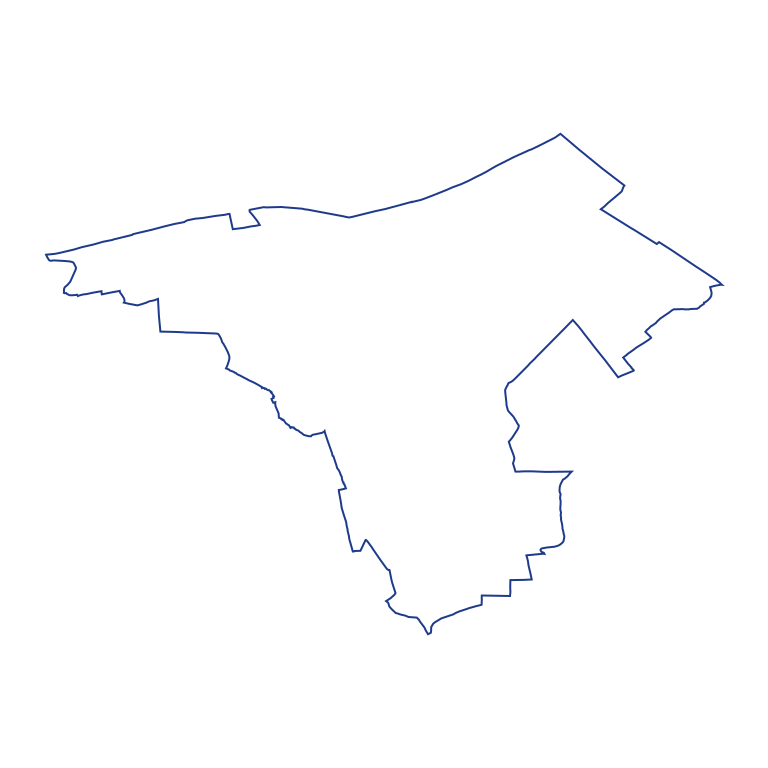 outline of Helesteni, Iasi, Romania
{"feature_id": "2599482B91920922475689", "entity_name": "Helesteni", "entity_type": "district", "adm_level": 2, "iso_a3": "ROU", "parent_name": "Romania", "parent_adm1": "Iasi", "projection": "robinson", "projection_center": [26.863, 47.189], "detail": "fine", "context": "isolated", "style": "outline", "palette": "blue", "viewbox_px": 768, "rotation_deg": 0, "n_neighbors": 0, "source": "geoboundaries", "source_scale": "gbopen_adm2", "svg_char_len": 6091}
<svg xmlns="http://www.w3.org/2000/svg" viewBox="0 0 768 768"><path d="M481.6,604.7L481.8,599.2L481.7,597.6L481.8,595.5L510.0,596.0L510.3,593.4L510.4,591.7L510.2,586.9L510.4,580.1L523.1,579.9L531.7,579.5L530.2,572.4L529.6,570.1L529.2,568.1L528.6,565.9L527.9,560.9L527.3,558.5L526.4,555.4L526.9,555.3L543.4,553.7L544.4,553.9L544.1,553.2L543.9,552.9L543.4,552.6L541.7,552.0L541.1,551.3L540.6,550.4L540.6,549.6L541.2,548.8L541.9,548.4L546.9,547.5L554.6,546.7L558.3,545.6L560.4,544.4L562.7,542.4L563.4,541.3L564.1,538.4L564.3,536.4L564.1,535.3L563.6,533.5L563.2,531.1L562.5,528.7L562.4,526.4L561.9,523.4L561.0,519.6L561.1,517.6L560.7,515.9L560.7,514.9L561.0,512.5L560.4,510.1L560.3,509.4L560.4,506.2L560.6,504.1L560.6,500.6L560.1,498.6L560.2,496.7L560.3,495.5L560.6,494.9L560.6,494.2L559.8,492.3L559.5,491.1L559.7,487.2L560.3,485.0L560.7,483.9L563.0,479.6L564.8,478.6L565.8,477.7L567.2,476.6L569.7,473.6L571.7,471.6L545.7,471.9L531.0,471.3L524.7,471.3L518.8,471.6L515.5,471.6L513.0,463.4L513.9,460.6L514.4,458.1L513.2,454.1L510.5,447.1L508.8,441.7L509.9,440.6L512.2,437.7L517.4,429.7L518.5,427.4L518.8,425.5L517.3,423.4L516.0,420.8L514.9,419.3L514.6,418.5L513.2,416.4L508.5,411.3L507.7,409.7L506.5,405.0L506.5,403.6L505.2,391.8L505.2,389.8L505.7,388.6L507.0,386.0L507.6,385.2L508.4,383.1L510.7,382.1L512.6,380.9L515.0,378.7L528.2,365.4L529.8,363.5L534.6,358.9L536.8,356.5L565.4,327.6L572.8,320.0L578.0,325.8L581.6,330.3L583.6,333.0L590.5,341.8L593.9,346.3L605.3,360.5L618.1,377.3L621.9,375.5L632.6,371.2L633.7,370.6L633.8,370.3L633.2,369.6L631.9,368.4L631.4,367.8L631.5,367.5L627.9,363.6L623.2,357.5L627.0,354.7L627.1,354.3L633.1,350.1L636.6,347.4L643.0,343.5L648.7,339.8L651.1,337.8L650.6,336.9L645.4,331.8L646.9,330.0L649.4,327.8L651.0,326.2L652.5,325.4L656.1,322.8L657.0,321.6L660.3,318.5L669.0,312.6L672.0,310.3L674.1,309.2L676.5,309.4L677.6,309.1L679.1,309.3L680.5,309.1L683.0,309.1L685.0,309.4L687.1,309.3L688.5,309.4L690.0,309.1L692.6,308.9L697.1,308.8L697.7,308.3L699.0,307.7L700.1,306.4L703.9,303.9L704.0,302.6L705.0,302.4L707.7,300.4L709.9,298.1L711.2,296.0L711.6,293.1L711.3,291.4L710.1,287.1L714.5,285.9L720.8,284.7L721.9,284.8L721.1,284.1L720.0,282.9L716.6,280.2L704.5,272.1L695.0,265.9L671.2,249.9L659.0,242.1L656.8,244.0L634.8,230.3L630.4,227.7L600.8,209.2L603.8,207.0L608.1,202.9L617.2,195.3L621.4,191.7L622.1,190.6L622.7,188.7L623.3,187.3L623.9,186.2L624.4,185.5L602.1,168.4L579.4,149.9L560.4,133.8L555.2,137.5L539.3,145.6L531.0,149.6L529.7,149.9L513.8,157.1L496.4,165.9L492.0,168.4L486.8,171.5L480.6,174.8L476.7,176.6L468.0,181.1L460.8,184.3L452.3,187.4L446.7,189.9L431.9,195.8L424.3,198.7L420.6,200.0L411.6,202.1L411.6,201.9L385.4,209.0L375.1,211.2L353.0,216.7L349.8,217.4L348.7,217.4L346.8,217.1L343.3,216.3L308.0,209.7L304.7,209.3L302.3,208.7L281.1,207.0L266.5,207.4L263.5,207.2L249.9,209.8L249.5,210.1L249.7,211.7L252.7,215.1L256.9,220.5L258.0,222.1L259.7,225.0L255.8,225.8L251.0,226.4L243.5,227.9L232.8,229.2L229.5,213.9L227.8,214.1L224.8,214.8L215.6,215.9L202.7,218.0L195.1,218.7L187.4,220.3L186.1,220.9L184.2,222.1L174.2,224.0L164.0,226.5L151.6,229.8L133.1,234.1L132.2,234.9L113.3,239.5L112.6,239.9L103.3,241.7L93.5,244.5L81.7,247.2L74.1,249.5L58.8,253.1L54.5,253.9L46.1,254.7L47.2,257.1L49.1,260.2L50.6,260.8L53.9,260.4L65.0,261.0L70.1,261.5L72.1,262.0L73.0,262.3L73.8,263.2L75.1,265.8L76.0,267.6L75.7,269.5L70.3,281.6L67.8,284.6L66.0,286.2L64.7,287.3L64.0,289.1L63.9,292.9L64.5,293.2L66.3,293.1L66.9,293.9L69.6,295.2L71.4,295.3L75.9,295.0L77.0,294.7L77.9,296.1L79.4,295.4L83.5,294.4L86.4,294.1L92.9,292.7L101.5,291.2L101.7,294.2L101.8,294.4L109.5,292.8L119.7,290.9L119.7,291.2L120.1,292.6L122.4,295.7L123.7,297.9L124.3,299.3L124.5,300.3L124.5,301.1L124.4,301.9L123.9,302.6L129.4,303.9L136.5,305.2L137.7,305.3L140.6,304.5L146.3,302.7L148.1,301.8L149.7,301.2L152.0,300.8L154.2,300.3L158.0,298.9L158.9,315.7L160.4,331.6L174.0,331.9L183.8,332.3L185.3,332.5L198.1,332.8L215.6,333.5L217.9,333.8L218.9,334.8L221.0,338.6L221.7,340.5L221.9,341.5L222.4,342.5L223.3,343.6L225.4,347.3L227.9,352.3L229.1,355.5L229.3,356.4L229.4,358.6L228.8,361.1L227.2,365.9L226.0,368.4L228.9,369.5L229.6,370.3L233.8,371.9L234.5,372.6L235.8,372.9L236.3,373.6L237.7,374.5L240.2,375.6L243.5,377.4L247.1,379.2L248.1,379.9L254.0,382.6L256.8,384.1L261.8,387.0L261.8,387.6L262.0,388.1L262.8,387.8L263.4,387.8L264.3,388.2L264.6,388.8L265.6,388.5L267.5,390.0L268.3,390.2L268.9,390.1L270.8,391.6L271.3,391.8L271.6,392.2L271.1,392.6L272.4,394.0L274.0,396.4L273.1,396.9L273.6,397.9L271.5,398.9L272.0,400.3L273.3,402.8L275.3,402.2L275.2,403.9L275.6,406.4L278.6,413.4L278.9,417.7L280.4,418.2L281.5,418.9L281.5,419.2L282.3,419.3L282.5,420.0L283.5,419.9L284.8,421.8L286.0,423.4L289.1,425.5L290.5,427.9L291.1,427.6L291.1,427.1L291.6,427.1L292.0,427.5L292.8,427.3L293.3,427.7L293.9,427.6L294.2,428.1L294.4,428.3L294.5,428.7L295.4,429.0L296.3,429.9L298.2,430.5L300.0,432.1L301.8,433.2L303.7,434.8L305.9,435.5L308.7,436.2L311.0,436.3L311.6,435.5L312.5,434.9L313.5,434.6L315.3,434.3L322.1,432.8L324.3,431.5L324.6,431.1L324.8,432.0L325.2,433.5L327.8,441.3L332.0,453.1L332.5,455.7L333.0,456.1L333.4,456.2L336.5,465.6L337.0,467.8L338.8,470.3L339.9,472.5L340.6,474.6L341.8,476.9L341.8,478.1L342.6,481.2L343.0,482.1L343.6,482.5L343.6,483.0L343.5,483.3L343.8,484.0L344.4,484.3L345.9,488.4L341.1,489.6L338.8,490.0L338.9,491.4L340.9,502.3L341.7,507.9L343.8,514.9L346.1,521.9L346.7,525.9L347.7,530.1L347.6,531.0L349.0,536.3L349.0,537.2L349.6,540.3L350.2,542.2L352.8,551.5L354.2,551.4L354.5,551.0L360.4,550.8L365.6,540.0L366.2,540.1L367.7,541.7L371.9,547.4L373.0,549.2L380.7,560.4L386.0,567.7L386.9,568.9L388.2,569.9L389.5,570.0L391.5,580.0L392.2,582.8L395.5,593.1L394.5,594.7L390.7,598.1L386.1,601.1L388.2,602.7L389.4,606.6L391.4,608.9L395.7,613.0L398.4,613.7L399.8,614.3L402.1,614.9L404.9,615.5L408.6,617.0L416.8,617.6L418.8,619.6L420.2,621.9L424.0,626.9L425.2,628.9L425.3,629.6L425.7,630.3L428.0,634.2L430.8,632.8L431.1,631.0L431.2,627.1L433.2,623.7L434.9,622.3L441.3,618.4L453.5,614.3L455.4,613.1L459.1,611.5L466.7,609.0L468.8,608.2L476.7,606.0L480.9,605.0L481.6,604.7Z" fill="none" stroke="#1e3a8a" stroke-width="2"/></svg>